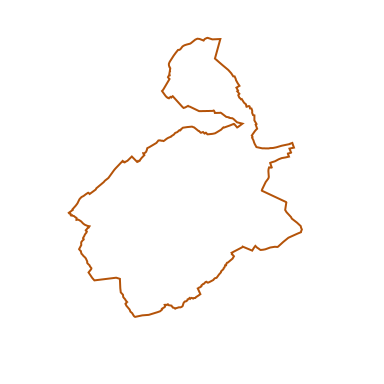 Ban Mo, Saraburi, Thailand, rotated 133°
{"feature_id": "78962969B66109940408415", "entity_name": "Ban Mo", "entity_type": "district", "adm_level": 2, "iso_a3": "THA", "parent_name": "Thailand", "parent_adm1": "Saraburi", "projection": "natural_earth1", "projection_center": [100.715, 14.612], "detail": "fine", "context": "isolated", "style": "outline", "palette": "amber", "viewbox_px": 384, "rotation_deg": 133, "n_neighbors": 0, "source": "geoboundaries", "source_scale": "gbopen_adm2", "svg_char_len": 6035}
<svg xmlns="http://www.w3.org/2000/svg" viewBox="0 0 384 384"><g transform="rotate(133 192 192)"><path d="M241.8,116.4L240.8,116.5L239.7,116.5L238.9,116.1L238.2,115.6L237.9,115.5L233.7,116.0L231.7,116.0L230.9,116.1L230.4,116.5L230.0,116.6L228.2,116.5L227.4,116.4L226.8,116.5L226.2,116.9L225.1,116.8L222.9,117.8L222.3,117.1L221.1,117.9L220.1,118.1L219.8,118.1L219.3,117.7L218.7,117.6L213.1,116.9L210.4,117.5L210.3,118.5L210.3,120.2L209.9,120.2L209.5,121.6L197.9,117.5L197.4,117.7L193.8,108.0L190.4,108.7L188.2,108.9L188.3,106.5L187.9,104.3L187.9,103.5L187.6,102.3L185.8,100.7L183.9,99.3L179.2,96.9L175.5,94.0L174.0,92.1L173.4,91.8L166.3,91.2L159.7,90.3L150.6,86.5L147.1,84.9L146.3,85.4L144.5,86.1L143.6,88.1L142.8,89.2L142.8,94.3L143.4,100.9L142.8,102.4L142.3,109.1L141.6,111.6L135.3,115.9L135.2,116.4L143.4,141.8L143.3,142.0L141.9,142.6L134.5,144.9L130.0,145.4L128.6,146.1L124.9,150.1L123.9,151.0L122.7,151.8L121.4,152.4L120.5,151.1L119.8,150.4L119.7,150.4L117.5,154.6L117.4,154.7L115.8,153.9L113.0,152.3L108.9,150.9L106.0,149.5L102.7,147.0L100.0,145.2L98.7,147.9L98.5,148.1L95.8,146.4L95.6,146.4L93.8,150.3L90.0,147.7L88.9,149.9L87.7,152.1L90.2,153.4L90.4,153.3L96.9,157.9L101.8,160.8L104.6,162.8L106.4,164.6L108.1,165.9L112.2,170.5L115.2,175.5L114.0,179.1L113.3,180.6L112.3,182.3L111.3,185.1L110.5,185.2L109.9,186.8L109.4,186.8L108.5,187.0L106.2,187.3L105.0,187.5L102.8,187.6L101.3,187.5L99.3,191.4L98.3,191.2L97.1,195.2L93.4,198.6L94.1,199.8L93.1,202.0L91.9,203.0L91.3,203.7L90.4,205.5L91.3,206.6L90.2,208.1L90.1,208.5L90.6,209.2L91.4,209.7L92.4,210.1L92.5,210.3L91.8,211.4L91.1,212.2L91.2,214.9L90.1,219.0L90.8,219.4L90.6,220.6L90.7,221.8L89.6,224.2L87.9,224.3L87.5,227.6L86.5,227.4L85.4,230.7L82.0,229.7L81.3,232.7L80.2,236.1L79.4,237.3L78.4,239.7L79.2,240.6L79.3,240.7L78.4,244.3L78.0,248.7L78.4,255.9L78.8,266.2L60.8,275.6L66.5,281.2L68.6,285.7L69.3,286.2L71.1,286.9L72.0,287.0L73.3,286.8L74.9,290.8L76.2,292.6L78.3,293.5L83.9,294.3L84.9,294.6L87.7,296.4L89.9,297.6L92.0,298.2L95.0,297.9L95.7,297.9L96.7,298.2L97.6,299.1L101.5,298.8L104.8,298.4L111.9,297.1L113.4,296.6L114.2,296.2L115.3,295.0L115.6,294.4L115.8,293.7L116.1,293.5L116.3,292.3L118.4,290.9L118.8,290.3L119.3,290.3L121.7,288.7L121.7,287.9L121.9,287.8L122.4,288.2L122.7,288.3L124.4,287.9L124.7,286.5L124.7,285.5L136.0,283.0L137.3,282.8L138.6,282.8L139.7,277.2L139.9,275.3L139.7,274.9L139.8,274.1L139.6,273.9L139.3,273.4L139.2,272.8L138.7,272.8L138.2,272.9L137.8,272.6L136.9,272.4L137.0,271.6L135.1,271.4L136.3,257.3L136.3,255.5L134.7,254.6L131.7,253.6L131.6,252.7L131.1,251.9L128.0,241.9L118.7,232.3L117.6,231.7L117.6,231.3L117.9,230.3L118.6,229.2L115.3,225.8L114.6,225.3L114.4,224.8L114.3,224.3L113.7,218.2L112.2,215.9L112.4,215.4L111.0,213.3L110.6,212.9L110.3,211.6L110.3,209.9L110.3,206.6L107.6,201.7L113.2,202.7L114.0,203.0L113.5,207.3L113.9,207.5L113.9,208.0L114.1,208.1L117.6,209.7L123.2,212.6L123.3,213.1L124.5,213.2L126.5,213.2L131.5,214.6L133.4,215.2L135.4,216.6L139.2,219.9L139.3,220.1L139.1,222.2L139.3,222.4L140.3,222.5L140.7,222.7L140.6,224.8L142.5,225.8L142.7,226.1L142.6,228.5L142.9,228.8L143.3,234.5L143.5,234.8L144.2,236.6L147.7,239.7L151.2,242.5L152.9,242.7L153.5,242.8L153.7,242.6L155.2,242.7L155.4,243.4L155.5,243.4L158.2,243.6L160.1,244.5L160.8,244.6L162.1,244.4L163.9,244.8L165.2,245.2L165.6,245.0L168.5,246.3L169.4,246.6L170.7,246.9L173.3,247.3L174.2,247.6L174.9,249.0L175.5,249.4L175.9,250.4L176.5,251.1L176.9,251.3L177.2,251.7L180.4,251.5L188.3,253.8L190.4,254.6L191.6,254.0L191.9,253.7L192.5,253.6L193.7,253.0L194.7,253.0L194.8,253.1L196.3,253.2L196.5,253.4L196.6,253.7L196.9,254.1L197.2,253.7L197.5,252.0L201.3,252.1L204.6,251.8L204.7,251.6L205.5,251.8L206.6,252.2L206.4,252.7L207.4,252.8L207.1,260.2L213.2,260.5L214.8,261.1L216.2,261.4L216.3,262.7L216.9,262.8L216.7,263.9L227.1,264.0L229.1,263.9L238.8,262.7L243.1,263.4L245.0,263.3L254.5,264.5L255.9,264.1L263.3,265.5L263.2,267.1L263.3,267.4L263.5,267.5L266.0,268.1L268.9,268.6L270.8,269.3L271.5,269.4L273.6,269.4L274.3,269.3L278.5,268.0L281.4,267.7L286.2,267.6L286.4,267.0L287.0,267.1L291.3,267.9L291.4,267.2L291.3,266.8L290.8,266.2L290.8,265.8L291.6,265.0L291.7,264.4L291.4,264.0L290.7,263.8L290.7,262.9L290.1,261.9L290.0,260.0L289.8,259.4L289.8,258.5L290.6,258.1L291.2,257.5L290.0,256.6L289.8,256.3L289.4,254.8L289.1,253.0L289.3,250.3L289.1,248.2L288.1,245.4L287.0,243.6L288.7,243.3L288.9,243.4L289.1,243.8L291.0,243.6L292.4,243.6L292.6,242.1L293.1,242.1L293.3,241.7L293.7,241.6L293.8,241.5L294.8,241.5L296.3,241.3L297.3,240.9L299.9,240.3L300.1,240.2L300.3,239.1L300.6,238.8L302.1,239.0L304.1,238.8L305.0,238.2L306.3,236.8L310.8,235.6L311.1,234.0L311.0,233.1L312.5,230.8L312.5,229.7L312.8,227.9L312.8,225.5L313.0,224.3L314.3,221.2L315.2,220.4L315.4,220.0L315.5,218.7L315.5,218.2L315.5,216.8L316.0,216.0L316.3,213.7L316.7,213.3L317.4,213.1L321.4,212.8L322.9,206.3L323.2,203.1L306.4,189.0L304.7,185.5L311.2,178.9L314.0,175.6L314.2,172.7L314.3,172.3L315.7,170.7L315.9,169.7L316.1,167.5L316.5,166.6L316.7,164.5L317.4,164.7L318.0,164.3L318.8,164.5L319.2,164.4L319.4,163.6L319.9,162.6L320.5,157.6L320.7,157.1L321.5,155.5L321.4,153.1L322.0,151.1L322.3,150.1L322.3,149.1L322.2,148.6L322.1,148.4L316.1,144.2L311.3,139.8L303.3,135.2L301.0,134.0L298.3,133.7L298.1,133.8L298.0,134.3L297.5,134.3L296.0,133.8L294.5,133.5L293.5,134.0L293.2,135.0L292.8,134.8L292.3,133.8L290.6,133.1L290.9,132.2L289.1,129.5L289.3,129.1L289.4,128.1L289.6,127.2L289.1,126.6L288.8,124.8L288.2,124.8L287.9,124.4L285.2,122.9L284.4,121.9L283.5,121.4L282.4,121.1L281.7,121.1L279.1,122.4L278.0,122.6L276.8,122.5L276.2,121.9L275.0,121.6L274.3,121.5L273.6,122.0L272.3,121.5L271.3,121.5L271.4,120.5L270.0,120.4L269.4,119.5L269.2,118.5L268.7,118.3L268.2,118.3L267.4,117.4L267.1,117.3L266.3,117.4L263.0,116.6L261.0,116.2L258.6,122.0L258.1,121.8L256.9,121.6L256.3,121.2L254.7,120.8L254.3,120.9L254.0,121.4L253.8,121.4L251.6,121.1L251.4,120.8L251.1,120.7L248.7,120.7L248.0,120.4L247.8,120.3L247.7,120.1L247.8,119.5L247.7,118.9L247.5,118.6L247.1,118.3L245.3,117.6L241.8,116.4Z" fill="none" stroke="#b45309" stroke-width="2"/></g></svg>